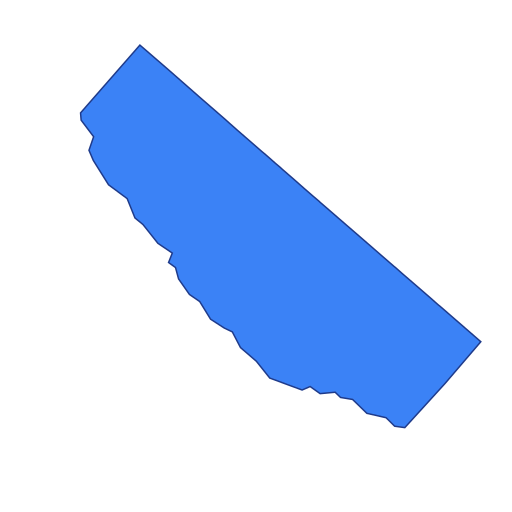 Keya Paha, Nebraska, United States of America, rotated 41°
{"feature_id": "52423323B7947065796297", "entity_name": "Keya Paha", "entity_type": "district", "adm_level": 2, "iso_a3": "USA", "parent_name": "United States of America", "parent_adm1": "Nebraska", "projection": "robinson", "projection_center": [-99.716, 42.858], "detail": "fine", "context": "isolated", "style": "filled", "palette": "blue", "viewbox_px": 512, "rotation_deg": 41, "n_neighbors": 0, "source": "geoboundaries", "source_scale": "gbopen_adm2", "svg_char_len": 1060}
<svg xmlns="http://www.w3.org/2000/svg" viewBox="0 0 512 512"><g transform="rotate(41 256 256)"><path d="M279.3,331.2L287.9,328.8L304.4,335.3L325.3,335.2L346.5,339.1L378.7,326.9L382.5,319.0L394.7,317.8L405.1,306.9L412.6,307.3L423.0,300.9L442.9,302.0L460.3,292.7L472.3,293.5L480.9,287.9L482.3,228.4L481.9,173.2L478.0,173.2L465.8,173.2L437.5,173.2L427.3,173.2L426.1,173.3L424.6,173.3L414.4,173.2L378.1,173.3L376.5,173.3L368.8,173.2L367.1,173.3L348.0,173.3L347.4,173.3L331.2,173.3L269.0,173.4L267.9,173.3L259.4,173.4L255.8,173.4L247.9,173.4L235.8,173.3L226.3,173.3L220.6,173.3L219.1,173.3L216.2,173.2L210.2,173.3L196.8,173.2L192.0,173.3L187.3,173.3L183.5,173.3L164.0,173.3L159.6,173.3L148.7,173.2L143.5,173.1L122.7,173.1L111.6,173.1L108.5,173.1L67.8,172.9L64.4,172.9L64.2,172.9L30.0,173.0L29.7,263.1L34.9,268.2L55.2,272.5L60.6,285.8L70.5,290.6L98.0,299.0L121.1,297.2L139.7,306.7L150.1,306.4L173.7,310.8L190.9,308.7L194.3,318.3L202.8,317.5L212.6,324.1L231.0,328.7L243.4,327.3L263.2,333.5L279.3,331.2Z" fill="#3b82f6" stroke="#1e3a8a" stroke-width="1.5"/></g></svg>